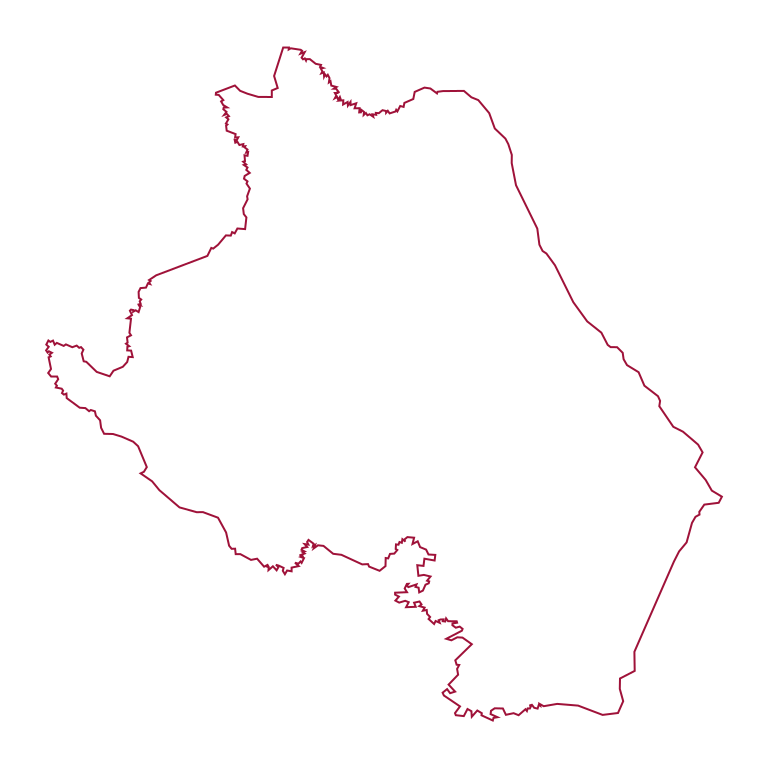 the district of Si Wilai, Bueng Kan, Thailand
{"feature_id": "78962969B38072300244645", "entity_name": "Si Wilai", "entity_type": "district", "adm_level": 2, "iso_a3": "THA", "parent_name": "Thailand", "parent_adm1": "Bueng Kan", "projection": "mercator", "projection_center": [103.741, 18.159], "detail": "fine", "context": "isolated", "style": "outline", "palette": "rose", "viewbox_px": 768, "rotation_deg": 0, "n_neighbors": 0, "source": "geoboundaries", "source_scale": "gbopen_adm2", "svg_char_len": 6018}
<svg xmlns="http://www.w3.org/2000/svg" viewBox="0 0 768 768"><path d="M48.4,340.5L46.3,344.6L48.7,346.8L46.1,350.4L47.6,352.6L48.9,351.3L51.9,352.8L49.4,354.6L50.7,356.4L48.6,357.3L51.0,369.0L48.2,373.0L51.1,376.5L57.1,376.5L58.2,379.2L55.2,383.7L56.9,385.7L55.9,387.5L61.7,388.7L63.1,390.6L62.0,393.1L63.9,394.6L66.4,393.6L66.7,398.1L79.7,407.7L85.4,408.1L89.1,411.2L90.8,410.0L94.9,411.3L95.9,415.7L100.1,420.3L101.1,427.8L104.1,433.8L113.0,434.0L121.5,436.6L133.2,441.7L138.1,446.2L146.8,467.1L143.9,471.8L140.6,473.4L152.1,481.3L159.4,490.2L179.5,507.4L196.7,512.2L202.9,512.1L218.0,517.7L226.1,532.5L229.1,545.7L231.6,548.8L235.1,548.7L235.7,554.1L240.3,554.1L251.0,559.9L257.1,558.7L264.1,566.7L267.5,564.9L268.2,566.1L266.5,566.4L268.7,567.3L268.5,570.1L272.9,566.3L276.6,570.3L278.5,567.0L275.9,564.8L278.7,565.6L283.6,567.9L282.8,570.8L284.9,574.2L287.1,570.5L291.6,571.3L291.6,567.6L298.7,566.1L295.0,562.7L298.4,563.7L300.5,561.5L301.6,562.9L304.0,558.1L300.9,557.0L302.7,556.3L301.9,554.7L299.4,555.5L304.6,553.5L302.5,552.0L304.5,551.4L301.5,549.8L302.2,548.1L307.2,547.0L304.6,544.1L308.4,544.6L307.1,542.0L308.5,539.9L313.6,543.7L312.9,546.3L315.0,545.0L313.7,548.4L318.0,545.3L323.5,545.9L333.2,553.8L341.4,554.8L362.2,564.4L368.0,564.1L369.1,566.6L379.6,570.8L385.5,566.1L385.7,558.0L388.2,558.4L390.0,553.9L394.3,553.6L397.3,550.0L395.7,549.0L396.0,544.4L398.5,544.7L399.5,542.0L401.8,542.8L402.4,539.2L405.3,541.6L404.3,539.6L407.4,537.1L414.1,537.7L412.5,544.0L417.7,541.3L420.1,547.1L426.1,549.6L428.5,554.5L435.3,554.9L434.6,560.5L424.4,558.7L423.5,565.9L417.3,565.2L418.4,575.8L423.9,574.9L430.5,576.5L427.1,580.7L429.2,581.4L428.7,583.3L425.5,584.7L422.9,590.6L419.2,592.4L418.6,587.7L415.5,586.9L416.5,584.4L408.4,587.1L406.8,585.7L408.4,583.8L406.9,583.9L404.7,588.5L407.0,592.2L395.1,592.7L395.1,594.6L398.9,596.6L395.4,600.6L399.2,602.6L405.2,600.8L408.7,602.2L406.1,607.2L415.7,606.8L414.1,602.7L419.5,601.5L421.5,604.4L419.3,606.1L424.6,607.6L422.9,610.7L426.7,610.0L427.1,613.9L430.1,617.0L428.6,619.0L434.1,624.0L435.6,621.0L439.7,622.8L438.7,620.2L440.5,619.5L443.4,619.4L442.8,621.2L445.2,621.5L446.1,618.4L448.1,621.2L456.7,621.3L457.1,622.7L452.5,623.5L452.4,625.2L455.8,627.7L459.7,626.6L462.6,628.9L461.9,630.7L446.3,638.8L451.4,640.3L457.3,637.3L462.5,637.6L471.8,644.2L455.3,660.3L456.6,664.7L459.2,665.0L457.1,668.9L458.1,674.7L448.6,684.6L455.1,691.6L450.1,693.2L447.1,689.1L442.6,692.7L443.9,695.5L460.0,706.4L455.0,713.1L455.8,715.2L463.8,716.1L467.5,709.0L471.4,711.2L471.8,716.7L477.3,710.5L481.8,713.2L481.5,715.3L492.8,720.5L493.5,717.9L497.5,717.2L490.6,714.1L491.0,710.8L494.7,708.3L502.9,708.5L505.9,714.8L513.6,713.2L518.6,715.2L525.5,709.2L526.9,711.0L527.7,708.4L529.9,708.5L531.1,705.9L529.4,705.5L531.9,704.8L534.2,707.8L537.6,708.6L538.8,704.8L540.1,705.7L539.6,703.9L543.7,706.2L557.2,703.9L578.1,705.6L602.6,714.9L618.0,713.0L623.2,701.2L619.8,688.9L620.0,678.5L634.7,670.9L634.4,651.8L673.9,561.6L679.1,551.4L686.6,542.4L692.0,522.9L695.5,516.8L699.5,514.6L699.3,511.8L704.3,504.6L718.7,502.8L721.9,496.7L711.8,490.6L705.7,480.0L695.0,467.3L702.6,452.4L698.1,444.6L683.0,431.7L673.3,426.8L659.3,406.2L660.1,400.9L658.0,396.2L644.4,385.7L638.6,372.2L627.0,365.1L623.6,359.2L622.7,352.8L617.1,347.2L610.6,347.1L607.7,344.9L601.4,332.7L587.2,321.4L573.3,302.2L555.0,265.3L546.4,253.5L542.6,251.0L539.4,244.7L537.3,228.6L516.0,185.2L511.7,163.1L511.8,154.9L508.3,144.1L505.4,138.6L494.8,128.5L489.2,113.1L478.3,100.1L471.4,97.3L463.9,90.9L442.8,91.1L437.5,91.8L437.0,93.4L430.4,88.5L424.5,87.6L414.7,91.9L413.3,99.0L404.4,102.9L403.6,106.9L400.2,106.0L397.4,111.4L396.2,109.8L395.5,111.5L389.6,113.4L387.8,110.8L386.1,112.8L386.0,111.0L382.5,110.2L378.8,113.2L375.9,112.9L376.2,114.8L372.5,114.3L373.2,116.7L369.6,114.3L367.4,115.3L365.9,113.0L363.7,115.0L364.0,111.9L361.4,109.9L360.9,112.3L359.2,112.4L359.6,108.2L354.6,108.3L356.2,103.3L350.6,105.1L350.5,101.9L347.9,105.6L347.6,102.0L343.1,104.5L343.3,100.3L339.0,100.6L340.7,99.3L339.9,97.0L338.2,99.8L337.1,97.0L334.9,98.2L336.3,95.6L334.9,93.0L337.3,93.0L337.6,91.5L339.3,92.9L336.2,88.8L333.8,88.7L336.5,87.0L331.3,85.6L330.5,81.2L328.9,82.4L329.5,78.1L327.8,74.8L326.5,76.4L325.1,74.5L324.1,76.6L323.8,72.4L321.4,73.3L322.4,71.4L320.8,68.5L323.0,68.0L320.1,66.9L321.0,64.9L315.7,63.8L309.8,59.1L306.5,59.1L306.0,60.6L304.8,58.4L303.0,59.3L301.6,57.7L304.7,52.1L300.4,53.7L302.1,50.8L300.7,49.8L290.8,48.3L288.7,49.5L288.9,47.5L283.2,47.5L274.1,76.0L277.7,88.0L271.8,90.5L271.8,97.0L258.2,96.9L247.4,93.7L240.1,90.8L234.9,85.5L216.0,92.7L215.8,94.7L218.7,94.9L223.3,100.1L221.1,101.4L223.2,105.0L227.1,107.4L223.7,107.6L223.3,109.2L226.5,111.9L224.2,114.9L226.8,113.9L228.9,116.2L226.2,117.4L228.4,119.3L225.9,123.6L227.4,124.5L226.1,125.7L226.7,130.7L235.6,134.1L235.1,137.5L238.3,137.3L236.7,140.2L234.7,139.9L235.3,142.7L237.4,141.8L239.4,145.0L243.3,144.1L242.8,146.4L245.2,146.2L244.5,147.3L247.5,149.6L246.2,152.6L248.1,152.1L247.5,155.8L244.5,155.3L245.0,161.1L243.2,161.7L246.1,164.4L243.9,165.0L247.5,167.5L246.3,169.9L249.7,172.9L244.7,175.9L244.0,178.7L247.5,181.4L246.5,183.6L249.9,188.6L247.1,196.3L247.6,199.3L243.1,208.2L243.8,214.1L246.4,217.4L245.1,229.1L237.4,228.5L234.7,233.4L232.1,232.1L230.8,235.6L225.9,235.4L218.1,244.7L213.2,248.6L211.3,247.9L207.4,255.9L156.2,275.3L149.1,280.0L150.6,281.0L149.0,282.5L150.0,284.0L147.9,283.4L146.0,287.6L140.5,288.1L138.6,291.9L138.9,297.9L141.2,299.5L139.7,301.3L140.7,303.9L139.2,304.3L140.5,305.5L139.0,305.4L140.1,307.2L138.6,312.1L135.7,310.3L133.2,311.7L133.4,310.1L131.0,309.6L129.9,310.7L132.0,315.1L127.3,318.3L131.0,318.7L129.4,332.8L131.0,335.3L127.0,337.4L127.6,342.6L126.0,343.7L129.2,346.2L127.4,346.7L127.2,350.4L131.1,350.6L132.7,357.1L128.5,356.8L127.2,362.0L122.8,366.8L113.5,370.7L109.7,376.3L96.7,371.9L86.3,361.8L83.7,361.3L81.7,353.5L83.4,349.7L81.0,347.1L79.2,347.8L76.7,345.6L72.3,347.2L65.9,344.4L63.7,345.9L56.8,342.9L54.7,344.7L53.0,340.6L50.3,341.9L48.4,340.5Z" fill="none" stroke="#9f1239" stroke-width="2"/></svg>